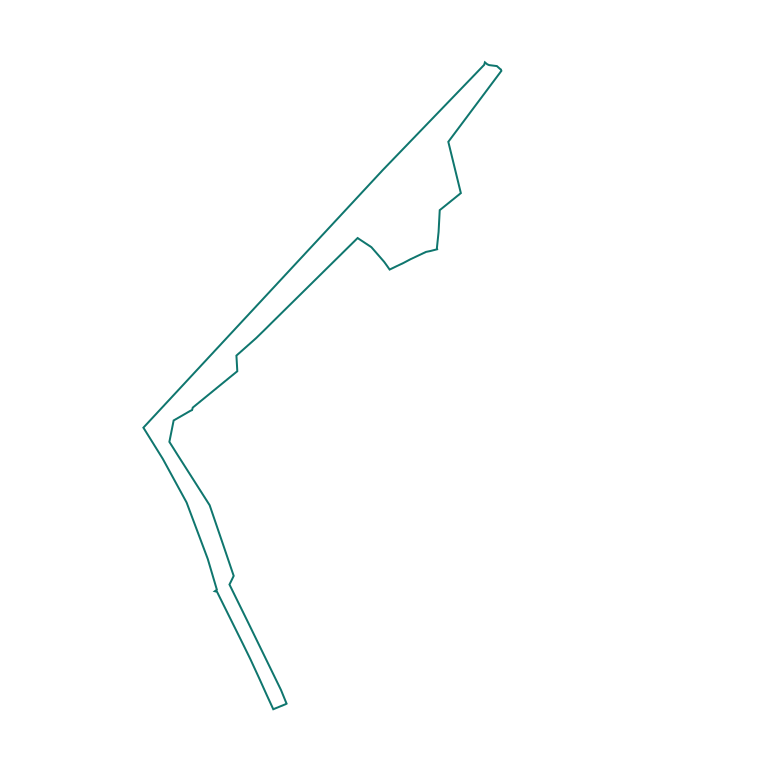 John Compton Highway, Castries, Saint Lucia, rotated 330°
{"feature_id": "8701671B24659660179823", "entity_name": "John Compton Highway", "entity_type": "district", "adm_level": 2, "iso_a3": "LCA", "parent_name": "Saint Lucia", "parent_adm1": "Castries", "projection": "robinson", "projection_center": [-60.989, 14.019], "detail": "fine", "context": "isolated", "style": "outline", "palette": "teal", "viewbox_px": 768, "rotation_deg": 330, "n_neighbors": 0, "source": "geoboundaries", "source_scale": "gbopen_adm2", "svg_char_len": 934}
<svg xmlns="http://www.w3.org/2000/svg" viewBox="0 0 768 768"><g transform="rotate(330 384 384)"><path d="M125.5,610.3L138.7,612.1L139.8,612.1L141.8,597.5L147.0,523.7L149.9,480.4L155.0,477.0L157.9,475.0L164.6,441.4L172.4,401.8L169.8,342.5L169.2,326.8L183.6,310.4L202.8,310.4L204.7,310.6L205.5,309.9L206.6,308.8L253.3,301.2L263.3,299.6L264.0,298.3L270.4,285.6L296.3,280.3L310.4,276.7L316.7,275.0L434.1,244.4L441.5,259.2L445.2,278.2L445.7,283.1L446.1,287.7L447.3,287.8L451.2,288.1L454.1,288.3L461.2,288.9L469.4,289.2L486.4,290.6L490.6,292.0L497.4,293.9L497.8,292.7L507.3,279.6L519.2,261.3L546.0,257.1L560.8,206.4L642.2,171.5L642.5,170.1L642.1,169.3L640.7,165.1L634.5,160.4L633.3,158.8L632.2,155.9L630.3,157.7L489.9,198.1L153.8,301.5L155.0,338.3L153.8,387.9L143.9,447.4L136.4,478.6L133.9,478.9L134.7,479.7L135.5,480.4L131.9,537.7L130.7,555.4L128.8,576.2L126.9,595.1L125.5,610.3Z" fill="none" stroke="#0f766e" stroke-width="2"/></g></svg>